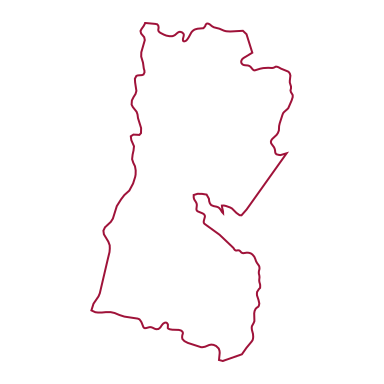 map outline of Alto Paraná (orthographic projection), rotated 180°
{"feature_id": "PRY-616", "entity_name": "Alto Paraná", "entity_type": "Department", "adm_level": 1, "iso_a3": "PRY", "parent_name": "Paraguay", "parent_adm1": "", "projection": "orthographic", "projection_center": [-55.001, -25.353], "detail": "fine", "context": "isolated", "style": "outline", "palette": "rose", "viewbox_px": 384, "rotation_deg": 180, "n_neighbors": 0, "source": "natural_earth", "source_scale": "10m", "svg_char_len": 4470}
<svg xmlns="http://www.w3.org/2000/svg" viewBox="0 0 384 384"><g transform="rotate(180 192 192)"><path d="M250.4,234.4L250.0,237.7L252.7,243.9L253.2,247.7L250.6,249.4L244.6,249.1L243.0,250.9L242.9,255.9L246.0,265.9L246.5,269.6L247.4,272.2L251.2,277.0L252.4,279.4L252.1,283.6L250.4,287.0L248.5,290.0L247.6,293.1L248.9,301.7L249.1,305.3L247.6,308.1L246.1,308.6L242.0,308.9L240.5,309.5L239.5,311.6L239.6,313.5L240.2,315.5L241.0,321.3L242.8,327.4L242.7,331.7L239.2,343.9L239.8,346.8L242.9,350.5L243.5,353.0L242.4,355.1L240.4,357.9L239.0,360.5L238.9,361.0L238.5,361.0L228.7,360.1L226.8,359.7L225.8,358.5L225.5,357.3L225.4,356.1L225.7,354.7L225.7,353.8L225.5,353.0L225.1,352.4L224.4,351.7L223.5,351.1L220.2,349.4L217.7,348.4L214.5,347.8L211.8,347.8L210.5,348.2L209.0,349.0L206.7,351.0L205.7,351.7L204.8,352.1L203.5,352.1L202.1,351.7L200.6,350.4L200.2,349.4L200.3,348.1L201.0,345.3L201.1,344.4L201.0,343.5L200.7,342.9L200.2,342.7L199.4,342.7L198.3,343.1L197.5,343.7L196.5,344.9L195.3,346.7L192.7,351.5L192.0,352.4L190.8,353.5L189.6,354.3L188.6,354.7L186.3,355.3L180.6,355.8L179.5,357.0L178.8,357.9L178.3,359.3L178.0,359.7L177.6,360.1L176.9,360.5L175.9,360.4L174.5,359.8L171.9,357.7L170.1,356.7L164.6,355.3L160.2,353.4L158.5,352.9L157.2,352.7L153.8,352.5L141.1,353.2L137.5,349.8L131.7,331.3L140.6,325.9L142.0,324.6L142.8,322.8L142.7,321.2L141.7,319.8L140.6,319.1L139.3,318.8L136.0,318.5L134.6,318.0L133.5,317.2L132.6,316.2L132.0,315.4L131.3,314.6L130.3,313.8L129.3,313.6L123.8,315.3L120.8,315.9L115.9,316.2L111.8,316.0L110.3,316.3L108.1,317.4L106.8,317.2L105.4,316.7L103.1,315.4L96.0,312.5L95.2,311.9L94.2,310.5L93.6,308.4L94.2,303.2L94.2,301.4L93.0,297.5L93.0,295.7L93.5,293.5L93.0,291.7L92.2,290.5L91.3,288.9L91.3,286.9L92.4,283.5L95.7,275.9L96.3,275.2L99.8,272.1L100.9,270.8L101.6,269.0L104.3,260.6L104.9,257.9L105.1,253.6L106.1,251.0L107.4,249.1L111.8,245.0L112.8,243.5L113.1,242.2L112.9,240.8L112.1,239.6L109.9,236.6L109.2,234.8L108.9,233.2L108.8,231.8L108.4,230.6L107.5,229.7L105.2,229.1L103.6,228.9L97.4,230.7L137.4,174.5L142.5,168.7L144.4,168.8L147.6,171.1L152.0,175.5L153.8,176.5L158.0,178.0L160.2,178.5L162.1,178.4L161.9,176.6L161.0,172.8L160.9,170.8L162.0,172.0L163.6,174.6L164.7,175.9L166.0,176.8L167.4,177.3L170.4,177.9L172.8,178.9L174.1,180.6L174.8,182.7L175.1,185.3L177.4,189.4L181.8,190.1L186.4,190.2L190.3,189.0L190.3,186.6L190.1,185.6L189.8,184.7L189.3,183.8L188.3,182.3L187.8,181.4L187.4,180.5L187.2,179.5L187.2,178.3L187.6,174.9L187.4,173.9L186.9,173.1L186.2,172.6L181.6,170.7L180.7,170.2L180.0,169.7L179.5,169.0L179.1,168.1L179.1,167.2L180.1,163.5L180.3,162.3L180.2,161.2L179.7,160.4L179.0,159.8L164.5,149.3L150.6,136.1L149.6,134.5L149.0,133.9L148.2,133.5L147.2,133.5L146.2,133.7L145.3,133.7L144.5,133.4L143.8,132.8L143.2,132.1L142.5,131.4L141.7,131.0L140.7,130.8L137.5,131.3L136.4,131.3L135.2,131.2L134.1,130.9L133.2,130.6L132.3,130.0L131.6,129.5L130.4,128.1L129.8,127.4L129.4,126.6L128.6,124.7L128.0,122.9L127.1,121.2L125.0,118.2L124.6,117.0L124.5,115.2L125.1,112.8L125.2,111.3L125.1,110.1L124.8,109.1L124.6,108.0L124.5,106.7L124.8,103.8L124.7,102.6L124.5,101.5L124.2,100.6L123.9,99.5L123.8,98.1L123.9,96.1L125.1,94.9L126.9,92.1L127.1,90.3L127.0,88.6L125.5,84.1L124.7,80.5L125.1,78.4L125.7,77.3L127.1,76.4L128.3,75.3L129.4,73.0L129.8,70.7L129.6,62.9L130.3,61.1L132.1,57.8L132.3,56.2L132.1,54.2L131.0,50.0L130.8,47.1L131.0,45.3L131.5,43.7L132.4,42.4L137.6,36.1L142.1,29.7L161.3,23.0L165.0,24.0L164.3,31.1L164.5,33.2L165.3,35.5L167.9,38.0L170.4,39.1L172.7,39.4L174.8,39.0L178.9,37.3L181.5,36.8L182.9,36.8L196.2,41.1L199.6,42.9L201.6,45.0L201.9,46.7L201.8,48.1L201.6,49.1L201.2,50.2L201.1,51.1L201.5,52.2L202.6,53.3L204.0,53.8L205.4,54.1L211.7,54.3L214.2,54.7L215.6,55.3L216.2,55.9L216.2,56.8L216.1,57.9L216.1,59.6L217.0,60.9L217.9,61.4L218.9,61.4L219.8,61.0L220.8,60.4L221.6,59.5L222.4,58.5L223.5,56.8L224.4,55.9L225.6,55.0L227.7,54.8L229.2,55.2L231.2,56.2L232.5,56.7L233.9,56.9L235.1,56.7L237.6,56.0L239.1,55.8L239.9,56.1L240.6,56.9L242.5,61.7L243.5,63.3L244.6,64.7L246.3,65.4L259.6,67.4L264.6,69.0L269.4,71.0L273.5,71.9L277.8,71.9L281.8,71.5L286.3,71.5L288.7,71.8L292.6,73.6L290.5,80.3L285.5,87.6L284.2,90.7L276.1,125.3L274.5,131.9L274.2,135.4L274.3,138.7L275.7,142.4L280.1,149.7L280.6,153.3L279.0,156.7L273.2,162.1L271.1,165.4L267.2,177.9L262.9,184.7L259.7,188.9L254.7,193.4L250.9,200.5L248.8,207.2L248.4,209.4L248.3,213.5L249.0,217.7L250.7,221.2L251.9,224.8L251.4,229.3L250.4,233.9L250.4,234.4Z" fill="none" stroke="#9f1239" stroke-width="2"/></g></svg>